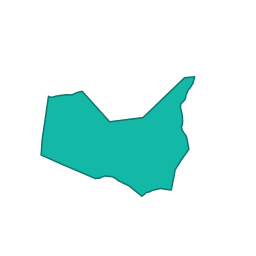 outline of Invorgoil Estate, Anse-la-Raye, Saint Lucia, rotated 320°
{"feature_id": "8701671B81496139383371", "entity_name": "Invorgoil Estate", "entity_type": "district", "adm_level": 2, "iso_a3": "LCA", "parent_name": "Saint Lucia", "parent_adm1": "Anse-la-Raye", "projection": "natural_earth1", "projection_center": [-61.036, 13.932], "detail": "fine", "context": "isolated", "style": "filled", "palette": "teal", "viewbox_px": 256, "rotation_deg": 320, "n_neighbors": 0, "source": "geoboundaries", "source_scale": "gbopen_adm2", "svg_char_len": 1942}
<svg xmlns="http://www.w3.org/2000/svg" viewBox="0 0 256 256"><g transform="rotate(320 128 128)"><path d="M87.4,52.7L55.2,81.4L54.8,81.7L48.4,88.4L44.1,92.8L50.9,106.8L53.4,112.0L61.0,127.0L70.7,146.1L70.9,146.1L71.1,146.2L71.4,146.3L71.8,146.5L72.1,146.7L72.7,147.1L73.0,147.4L73.6,147.9L74.1,148.2L74.7,148.4L75.2,148.5L75.8,148.7L76.2,148.7L77.5,149.2L77.8,149.3L78.1,149.5L78.4,149.5L78.8,149.6L79.1,149.7L79.5,149.9L79.7,150.1L79.9,150.4L80.1,150.6L80.8,151.3L81.0,151.5L82.7,153.3L83.6,154.2L84.0,154.5L84.2,154.8L84.4,155.0L84.8,155.4L85.1,156.0L85.3,156.7L85.4,157.1L85.5,157.3L85.7,157.9L86.0,158.6L86.2,159.2L86.3,159.4L86.4,160.1L86.5,160.7L86.6,161.3L86.6,161.5L86.7,161.8L86.8,162.4L86.9,162.7L87.1,163.1L87.5,163.8L87.9,164.6L88.1,164.9L88.4,165.7L88.5,166.2L88.7,166.8L88.9,167.2L89.0,167.5L89.2,168.0L89.3,168.1L89.5,168.5L89.7,168.9L89.9,169.1L90.1,169.4L90.2,169.7L90.3,170.0L90.4,170.4L90.7,171.2L90.9,171.6L91.1,171.9L91.1,172.0L91.5,172.4L94.7,189.1L97.2,189.3L100.9,189.3L102.4,190.3L104.1,190.9L106.0,191.2L110.1,193.2L113.2,194.9L114.7,195.8L116.3,197.9L118.3,200.2L120.1,202.0L120.3,202.3L121.3,203.3L135.2,192.1L135.5,191.8L136.9,190.4L137.6,190.2L142.1,188.7L143.0,188.6L143.4,188.4L145.3,187.7L149.1,186.5L159.6,183.8L160.9,183.5L165.1,176.1L166.2,174.2L167.3,171.8L167.5,169.9L167.6,168.1L168.1,164.7L168.3,164.3L168.5,163.9L169.6,161.2L170.9,161.0L171.5,160.7L174.2,157.9L177.2,154.0L179.8,149.3L181.5,145.8L183.8,143.5L187.9,143.1L190.5,142.7L193.2,140.3L198.5,137.6L201.5,137.2L206.9,135.3L211.9,131.6L203.6,125.8L146.3,129.7L118.2,111.6L117.9,111.4L116.5,70.4L116.3,70.3L114.3,69.3L112.5,68.5L111.0,67.8L109.3,67.4L107.5,66.9L106.2,66.5L105.4,65.9L104.7,65.2L103.8,64.4L103.0,63.6L101.6,62.5L101.4,62.4L101.2,62.3L100.9,62.1L99.6,61.3L98.0,60.1L96.1,59.0L93.2,57.3L92.0,56.7L91.1,56.4L90.8,56.2L90.4,56.0L90.1,55.9L89.0,55.2L87.8,53.5L87.4,52.7Z" fill="#14b8a6" stroke="#0f766e" stroke-width="1.5"/></g></svg>